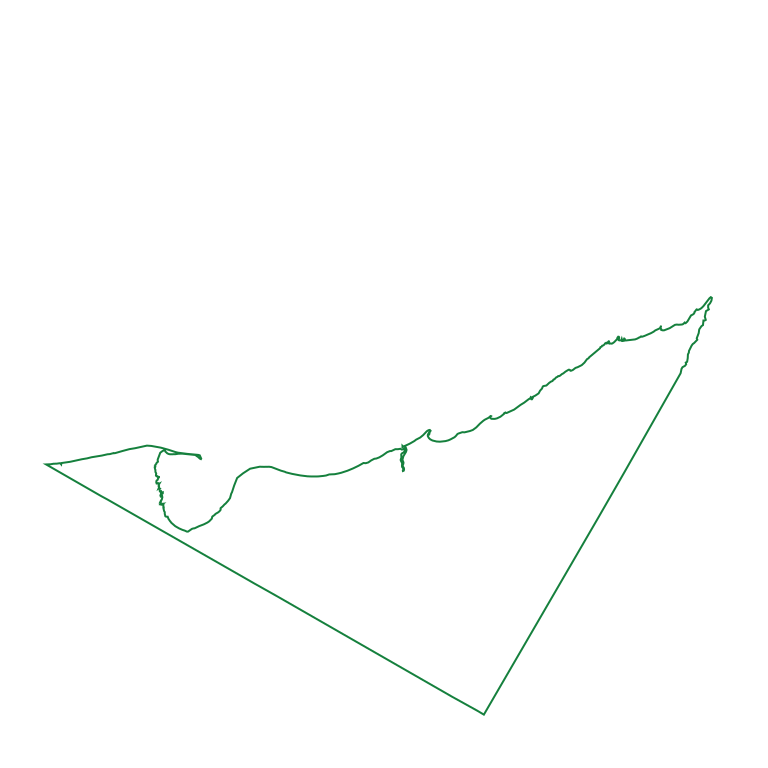 Río Grande, Tierra del Fuego, Argentina, rotated 300°
{"feature_id": "61730980B7053808465014", "entity_name": "Río Grande", "entity_type": "district", "adm_level": 2, "iso_a3": "ARG", "parent_name": "Argentina", "parent_adm1": "Tierra del Fuego", "projection": "robinson", "projection_center": [-67.769, -53.608], "detail": "fine", "context": "isolated", "style": "outline", "palette": "green", "viewbox_px": 768, "rotation_deg": 300, "n_neighbors": 0, "source": "geoboundaries", "source_scale": "gbopen_adm2", "svg_char_len": 6142}
<svg xmlns="http://www.w3.org/2000/svg" viewBox="0 0 768 768"><g transform="rotate(300 384 384)"><path d="M622.6,623.6L621.0,623.0L611.2,621.7L608.9,621.1L607.6,620.6L605.6,619.3L605.0,618.6L605.1,618.2L604.9,617.4L601.4,616.9L601.1,617.2L599.7,617.2L598.4,616.6L596.9,615.6L589.8,615.5L587.5,614.8L587.2,614.5L587.0,613.8L587.2,613.6L585.3,613.0L584.5,612.3L582.6,609.5L581.9,607.9L580.7,606.4L575.2,603.5L570.5,599.7L569.8,598.5L569.5,597.4L569.5,596.9L570.1,596.7L570.7,595.4L572.2,595.2L572.3,595.1L572.2,594.9L571.0,595.1L569.8,594.8L566.0,592.1L564.2,591.4L561.7,589.9L555.7,585.4L554.2,584.1L553.6,583.2L553.7,582.8L552.0,582.0L551.6,581.5L550.2,580.8L548.2,579.2L542.7,571.8L542.6,571.4L542.8,570.7L543.5,569.8L543.5,569.3L542.7,569.3L542.2,569.5L542.0,569.8L542.9,570.0L542.9,570.3L542.4,570.8L542.0,570.8L540.5,569.1L540.2,568.4L540.4,567.9L541.4,567.8L541.8,567.4L540.8,567.6L540.3,567.4L539.5,566.2L539.3,565.3L539.6,564.9L540.4,564.9L541.7,564.5L542.3,563.8L542.1,563.2L541.0,563.0L539.3,563.4L535.3,562.4L533.3,561.5L532.6,560.7L532.5,560.0L531.8,559.3L531.6,558.7L531.9,557.6L533.1,557.8L533.4,557.5L533.3,557.2L532.3,557.0L531.4,557.4L530.8,556.9L531.3,556.6L530.8,555.8L529.5,555.1L528.7,555.2L527.2,554.7L526.2,553.8L525.2,553.8L524.1,553.0L523.0,553.2L509.6,548.3L508.6,548.3L507.0,547.4L502.7,546.9L499.2,545.8L495.4,543.3L493.7,541.8L490.7,540.6L489.4,539.7L488.8,539.1L488.7,538.7L489.1,538.1L488.9,537.0L487.9,536.3L485.3,534.9L482.9,534.0L481.5,533.1L479.3,532.3L478.5,531.8L478.0,530.9L477.0,530.7L475.8,529.8L473.2,529.2L472.7,528.6L470.8,528.4L469.7,527.5L467.6,526.5L463.9,525.4L461.9,523.1L461.2,522.8L459.0,523.1L456.3,522.5L453.2,522.6L449.7,520.9L446.4,518.7L445.5,518.8L445.7,519.2L445.3,519.5L445.5,519.8L444.8,519.8L444.6,519.5L444.8,519.3L444.7,519.0L445.7,518.5L445.9,517.7L444.6,517.8L443.2,516.9L437.9,514.7L434.2,512.7L426.9,509.5L420.2,504.7L419.9,503.9L420.0,503.4L419.4,503.0L418.6,503.0L418.4,502.6L417.7,502.7L413.9,501.2L410.7,499.0L409.2,497.4L407.6,494.5L407.6,493.6L407.8,493.1L408.7,492.5L409.7,492.8L409.7,492.5L409.5,492.3L407.1,491.5L403.4,489.1L401.6,488.3L397.6,486.9L392.5,485.6L388.6,483.9L386.2,481.9L382.4,477.9L381.4,475.9L378.2,473.1L377.3,472.6L375.2,472.3L373.2,471.7L369.3,469.3L367.4,467.9L365.3,465.8L362.0,461.3L360.5,458.3L359.3,454.2L359.2,451.7L359.6,450.0L360.5,448.4L361.0,447.8L362.2,447.3L365.1,447.3L362.8,448.2L362.7,448.3L362.8,448.4L363.9,448.1L365.1,447.4L365.9,447.8L366.8,447.7L367.1,446.6L366.2,445.6L364.5,444.7L359.4,443.5L355.7,442.1L351.8,439.6L349.8,438.8L345.3,436.2L341.0,433.2L339.4,431.7L339.6,431.0L338.8,431.5L337.7,431.7L338.9,431.7L339.6,432.3L339.9,433.1L339.9,434.6L338.2,436.5L336.2,437.0L331.1,436.9L327.5,437.9L325.9,440.0L324.7,440.6L322.7,441.0L322.1,441.5L321.3,443.1L320.4,443.9L319.5,444.3L318.7,444.4L318.1,443.9L318.6,443.5L319.5,443.5L320.0,443.3L320.7,442.4L321.2,441.2L321.9,440.6L324.5,439.3L326.1,436.8L326.8,436.3L329.1,435.8L331.5,434.2L332.1,434.1L333.1,434.3L334.5,435.2L336.7,435.5L337.0,435.0L338.1,434.7L338.1,434.1L337.7,433.6L336.9,433.1L336.1,432.2L336.1,430.6L334.6,428.8L333.2,426.4L329.5,423.8L328.9,422.7L326.5,420.8L321.6,418.6L318.1,416.6L315.6,414.6L314.4,413.0L311.4,411.1L308.2,409.6L306.3,407.8L305.3,405.7L300.4,402.8L295.4,399.4L290.6,395.7L285.8,391.4L283.7,389.2L281.3,386.5L278.3,381.8L275.8,379.6L274.2,377.6L271.1,373.3L267.9,367.9L265.8,363.9L263.0,357.3L260.2,349.3L258.5,343.4L258.4,342.0L257.4,338.0L255.8,328.1L254.9,325.9L252.2,321.4L250.2,317.7L243.7,310.4L236.2,306.6L229.2,303.8L221.2,305.0L214.1,306.5L212.8,306.5L208.2,307.7L205.0,307.4L201.2,306.6L200.0,306.1L197.3,305.5L194.9,304.6L194.6,304.6L193.4,305.4L191.7,305.2L190.0,304.6L187.2,303.0L186.0,302.8L183.3,301.6L181.3,302.2L177.7,301.3L175.8,300.4L172.3,298.1L168.5,295.0L164.3,292.1L163.6,291.1L162.5,290.1L158.2,288.1L157.6,287.0L157.4,284.7L156.9,282.4L156.5,278.7L156.5,274.3L157.5,269.1L158.1,267.9L158.1,267.6L159.5,264.7L160.9,263.0L160.4,262.2L160.1,261.1L160.2,260.7L162.0,259.0L163.4,258.2L164.1,257.0L166.6,254.7L167.0,254.6L167.1,254.8L167.7,254.3L167.6,254.2L168.7,253.3L169.3,253.2L169.3,252.3L169.8,252.5L169.5,252.1L168.3,251.8L167.8,250.3L168.8,250.3L169.9,249.9L169.5,249.3L171.9,249.1L172.6,249.4L175.1,248.7L175.9,248.0L175.5,247.6L176.3,247.5L176.5,247.2L176.3,246.8L175.5,246.3L175.7,246.1L177.1,246.4L178.6,247.1L179.2,246.8L178.4,246.4L177.8,245.7L180.3,245.3L179.5,245.4L178.7,245.0L179.6,244.4L179.1,244.0L178.9,243.6L180.8,242.1L181.3,242.2L181.2,241.6L181.7,241.2L181.2,241.0L182.0,240.9L182.6,240.1L183.3,240.1L184.1,239.3L185.4,239.3L184.6,238.8L185.1,238.5L185.3,238.2L185.1,237.7L184.2,236.8L184.9,236.0L186.2,235.4L186.8,235.4L188.0,235.9L189.4,235.5L190.7,235.8L191.0,235.6L190.5,234.4L190.8,234.2L190.9,233.9L190.5,233.4L190.4,232.9L190.8,232.2L192.7,231.4L193.5,230.1L195.5,228.8L195.9,228.2L197.2,227.1L197.6,227.4L198.0,227.3L198.4,226.8L198.6,227.0L199.6,226.4L201.2,226.7L202.1,226.5L203.7,227.1L204.4,226.4L205.4,225.8L212.6,224.6L215.2,225.7L216.5,226.6L216.8,227.2L216.7,227.8L216.1,228.6L215.8,230.3L215.6,230.7L215.7,232.4L216.1,233.7L218.8,238.3L220.8,240.8L222.7,243.9L228.1,255.9L228.2,256.4L227.9,258.0L228.0,258.8L227.3,261.9L227.4,263.0L228.0,263.0L230.1,260.1L229.7,258.5L225.1,248.5L221.5,239.9L220.8,237.5L219.3,230.3L217.3,222.6L214.0,213.4L212.1,209.5L203.9,200.5L200.3,196.1L196.7,192.5L196.4,192.2L195.3,191.1L189.7,185.7L188.9,184.6L189.0,184.4L186.2,181.6L184.9,179.7L181.0,175.5L174.3,167.3L171.1,164.0L167.8,160.0L159.7,151.1L154.2,144.1L153.0,144.6L153.4,143.5L153.2,142.7L151.3,140.3L149.8,137.8L147.8,135.4L145.4,131.6L145.5,195.4L145.7,202.2L146.4,371.1L146.7,397.1L147.2,599.6L147.7,628.5L147.6,635.8L376.5,636.4L428.3,636.3L541.6,635.5L545.9,634.1L547.8,634.1L550.3,635.6L552.2,635.8L553.4,634.6L554.8,635.4L558.3,634.1L561.6,632.4L563.6,632.3L565.1,631.6L571.1,631.2L573.0,631.4L574.5,632.1L579.0,633.2L579.9,632.0L585.4,631.1L588.9,629.7L592.8,630.0L594.5,630.8L598.7,628.9L599.2,629.9L600.4,630.6L602.7,628.2L608.1,626.4L611.0,628.0L612.1,626.6L614.2,625.4L616.9,626.0L619.8,625.9L622.5,624.9L622.6,623.6Z" fill="none" stroke="#15803d" stroke-width="2"/></g></svg>